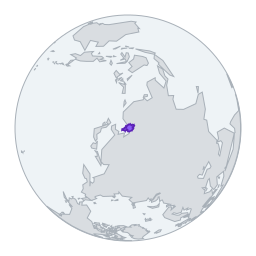 the Earth from above Shandong, rotated 181°
{"feature_id": "CHN-1814", "entity_name": "Shandong", "entity_type": "Province", "adm_level": 1, "iso_a3": "CHN", "parent_name": "China", "parent_adm1": "", "projection": "orthographic", "projection_center": [118.824, 36.396], "detail": "fine", "context": "on_globe", "style": "filled", "palette": "violet", "viewbox_px": 256, "rotation_deg": 181, "n_neighbors": 0, "source": "natural_earth", "source_scale": "10m", "svg_char_len": 13866}
<svg xmlns="http://www.w3.org/2000/svg" viewBox="0 0 256 256"><g transform="rotate(181 128 128)"><circle cx="128" cy="128" r="113" fill="#eef3f6" stroke="#a8b0b8"/><path d="M222.8,184.1L222.7,184.6L222.8,184.1ZM207.8,48.5L204.7,46.4L195.2,40.6L195.3,39.8L193.0,38.8L192.8,39.8L193.1,40.7L184.9,40.6L182.7,46.5L185.7,50.5L182.1,48.2L190.5,57.6L191.7,63.4L188.0,55.6L185.8,53.9L185.5,57.1L183.2,56.1L181.8,57.1L179.1,55.8L177.1,51.6L175.3,50.7L175.2,53.1L172.4,53.4L172.8,50.0L168.0,50.3L163.8,44.1L167.2,37.3L162.6,33.8L160.0,27.0L158.0,27.0L155.7,24.8L152.5,24.0L152.9,23.2L149.9,23.3L150.2,24.2L148.9,24.6L147.1,24.3L147.3,23.2L148.3,23.1L147.3,22.7L148.3,22.3L146.8,22.3L147.3,21.2L144.0,21.9L142.0,20.7L143.1,20.1L146.6,20.6L157.9,21.5L160.1,21.6L159.6,20.8L151.2,18.0L152.1,18.0L151.2,17.8L159.1,19.7L166.9,22.3L174.4,25.4L181.8,29.0L188.8,33.2L195.5,37.8L201.9,43.0L207.8,48.5ZM149.0,17.3L148.5,17.2L148.8,17.4L144.5,16.8L145.4,17.4L143.7,17.4L143.2,18.0L139.4,17.5L136.0,16.7L136.2,16.2L134.7,15.9L131.3,16.2L128.7,15.5L122.1,15.5L131.1,15.4L140.1,16.0L149.0,17.3ZM234.2,103.6L233.3,101.7L234.0,101.7L234.2,103.6ZM232.7,101.4L233.0,101.9L232.7,101.6L232.7,101.4ZM232.4,101.8L232.6,101.5L232.5,102.0L232.4,101.8ZM232.2,102.6L232.3,102.1L232.2,102.6ZM231.4,103.1L231.2,103.2L231.2,102.5L231.4,103.1ZM193.7,41.4L193.0,39.9L194.1,39.5L194.9,40.8L193.7,41.4ZM191.2,42.6L190.3,41.5L192.9,42.4L192.6,42.7L191.2,42.6ZM188.5,53.8L188.4,52.1L189.3,54.1L188.5,53.8ZM182.0,57.5L182.8,58.4L181.7,58.6L182.0,57.5ZM145.4,18.3L144.3,18.2L145.0,18.1L145.4,18.3ZM146.1,18.8L147.6,18.9L148.2,19.1L147.3,19.1L146.1,18.8ZM176.6,56.8L174.6,57.0L176.3,56.0L176.6,56.8ZM144.2,18.7L149.0,19.6L150.0,20.1L147.3,20.4L144.2,18.7ZM173.2,56.7L168.5,57.6L169.7,59.5L163.4,54.9L169.6,55.5L171.4,53.9L171.6,55.7L173.2,56.7ZM151.0,24.6L150.7,23.6L152.7,24.8L151.0,24.6ZM152.6,25.2L160.5,28.6L160.1,30.1L157.5,28.5L158.3,30.9L154.2,29.9L152.8,28.4L153.9,27.6L151.5,27.9L152.6,25.2ZM160.7,52.4L159.3,52.1L160.4,51.7L160.7,52.4ZM148.6,24.8L150.2,25.3L149.9,26.6L146.6,25.9L147.8,25.7L148.6,24.8ZM160.5,32.0L159.7,33.0L156.1,32.4L155.3,32.7L154.0,30.0L160.5,32.0ZM146.9,25.2L144.9,25.5L143.3,24.7L147.0,24.5L146.9,25.2ZM151.3,27.2L151.0,27.8L150.1,27.2L151.3,27.2ZM136.7,22.3L138.6,22.7L138.6,23.3L136.7,22.3ZM144.3,25.7L144.8,26.0L145.1,26.3L143.5,26.4L144.3,25.7ZM151.6,29.9L150.3,29.5L152.0,30.9L149.4,30.7L149.0,29.0L148.0,29.6L147.2,29.6L147.8,28.3L151.6,29.9ZM142.6,27.5L141.1,25.5L137.5,24.6L137.4,24.0L143.3,25.5L142.6,27.5ZM145.6,28.1L143.7,27.5L144.5,26.9L146.3,26.9L145.6,28.1ZM147.7,31.2L151.8,32.0L151.8,32.4L147.7,31.2ZM141.3,27.4L141.7,27.9L141.0,27.4L141.3,27.4ZM145.6,30.1L147.0,30.3L147.0,30.7L145.6,30.1ZM141.2,28.8L140.8,28.1L142.0,28.0L141.2,28.8ZM143.1,29.5L142.6,30.0L142.7,28.4L143.8,29.5L143.1,29.5ZM145.3,30.5L145.7,30.8L144.7,30.4L145.3,30.5ZM136.9,29.7L136.7,27.7L139.4,27.4L139.2,29.4L136.9,29.7ZM49.5,47.3L49.1,47.6L43.5,55.4L42.2,57.3L39.2,60.0L32.1,72.5L34.1,71.7L31.3,81.6L31.8,86.3L38.4,80.7L37.7,72.8L41.1,68.0L44.6,71.4L45.8,78.9L47.2,77.3L49.4,70.0L52.8,69.5L50.6,67.4L49.2,69.9L47.8,68.8L49.0,66.5L50.1,66.3L50.6,63.7L45.1,65.7L43.1,68.4L42.5,63.9L39.1,68.2L37.9,68.2L43.2,61.1L45.0,59.6L52.3,50.5L50.3,51.5L43.3,60.3L44.1,58.6L41.4,60.6L44.1,57.8L52.3,48.3L53.9,44.9L50.5,46.3L51.6,45.2L59.8,38.4L63.3,35.9L58.0,40.8L60.3,39.5L65.9,35.6L63.8,37.6L65.5,36.7L63.9,38.6L66.3,39.1L65.4,41.0L70.6,39.3L70.9,40.2L67.7,40.9L65.0,42.6L63.3,48.1L64.3,48.5L67.8,47.1L66.9,49.0L70.6,46.9L71.7,49.6L73.4,44.6L77.6,43.3L80.7,44.1L82.4,42.8L77.4,41.6L75.1,41.9L72.7,43.6L66.8,44.4L66.4,43.0L73.7,39.1L74.0,36.9L79.6,35.3L89.7,39.0L91.7,41.9L85.8,49.7L82.8,49.7L83.5,46.8L78.9,50.8L81.2,49.8L80.4,51.5L84.2,51.0L83.9,52.2L88.2,49.8L88.2,51.2L85.5,52.7L91.1,53.6L92.3,56.6L93.8,56.2L95.0,55.0L95.7,59.8L96.7,59.4L96.9,57.6L99.1,55.6L103.2,54.1L103.2,55.8L101.7,56.6L98.6,61.0L94.6,63.1L95.0,63.7L98.5,62.3L102.3,56.9L104.8,55.5L103.4,58.1L104.1,57.1L105.4,56.9L106.6,58.5L108.3,55.8L122.0,53.2L125.7,56.4L123.0,58.7L132.5,59.8L136.0,63.9L136.2,62.1L140.8,61.8L139.8,60.5L140.3,59.7L151.8,59.1L154.5,60.5L159.7,58.9L159.8,58.1L158.1,56.9L163.4,54.9L169.7,59.5L169.2,61.0L173.5,63.1L171.7,66.5L172.2,70.4L167.8,73.4L168.6,76.6L170.2,77.0L172.5,81.9L171.6,90.7L165.2,81.4L165.1,69.1L164.6,73.7L162.6,72.2L161.1,73.6L160.9,77.1L162.1,77.8L151.0,81.8L146.3,91.0L151.7,91.0L154.5,94.1L153.8,106.0L141.1,120.8L144.7,126.3L144.4,129.7L140.4,131.5L140.6,126.5L137.1,124.4L137.8,121.5L131.4,123.0L132.2,119.0L126.8,122.5L128.1,125.9L133.5,125.8L128.5,130.9L133.2,137.2L133.0,143.9L122.7,154.4L113.3,156.5L112.6,158.5L109.3,155.5L104.3,158.7L109.9,171.1L109.6,174.2L101.7,178.7L101.6,176.3L92.8,168.6L90.7,175.6L97.4,183.3L99.6,190.6L94.3,187.3L92.0,180.7L88.9,177.7L90.1,171.5L88.2,161.0L82.9,161.3L83.6,157.4L80.2,147.6L72.7,147.6L60.6,153.5L58.3,162.8L54.4,165.2L51.0,148.2L52.3,138.1L49.4,137.2L47.3,125.9L38.9,117.4L39.2,114.3L37.3,113.7L36.1,108.4L37.2,103.4L35.8,101.7L33.3,114.9L35.0,116.9L38.5,115.4L37.3,119.4L38.7,125.4L31.7,129.6L21.7,124.7L23.3,117.1L29.1,91.3L30.4,89.8L30.5,89.5L30.8,89.1L28.6,91.2L30.5,86.5L24.6,102.7L22.5,108.6L21.5,124.9L20.9,125.3L21.4,129.5L26.1,133.9L25.5,136.1L21.7,142.9L17.6,147.4L19.6,158.2L21.3,164.1L19.0,156.5L17.3,148.8L16.1,140.9L15.5,133.1L15.4,125.1L15.9,117.2L16.9,109.4L18.5,101.6L20.6,94.0L23.3,86.5L26.4,79.3L30.1,72.2L34.3,65.5L38.9,59.1L44.0,53.0L49.5,47.3ZM44.3,91.1L46.7,95.8L50.2,89.3L51.5,90.6L52.2,88.1L50.5,88.8L53.0,82.2L55.7,82.9L57.7,80.6L57.0,79.0L51.7,78.9L48.1,88.2L45.5,89.0L44.3,91.1ZM76.2,30.9L74.2,32.2L72.6,32.5L73.7,30.8L76.0,30.2L76.2,30.9ZM71.7,34.0L78.6,31.0L78.2,32.2L77.3,32.0L76.3,33.1L74.5,33.1L67.3,37.4L65.4,38.0L68.6,34.1L68.6,34.9L70.6,33.5L71.7,34.0ZM97.1,23.9L100.1,23.3L95.3,26.6L93.0,26.8L94.0,24.9L97.3,23.5L97.1,23.9ZM138.5,19.4L139.9,19.5L138.6,19.9L138.5,19.4ZM137.6,22.4L132.0,19.6L133.4,19.5L128.5,18.4L130.3,17.6L133.4,18.3L131.1,17.1L134.6,17.4L132.6,16.7L139.4,18.3L142.4,18.7L138.4,18.4L136.7,19.1L136.8,19.5L139.7,21.1L145.4,22.7L144.7,23.8L142.6,24.2L141.1,24.0L142.1,23.3L139.4,23.5L139.6,22.3L137.6,22.4ZM118.8,31.6L120.5,30.3L115.1,31.7L115.4,30.1L114.7,30.4L113.4,29.3L110.8,28.6L111.4,27.9L110.1,27.9L109.3,27.3L107.7,27.2L108.3,25.9L106.4,25.8L107.7,25.3L104.3,25.4L107.1,24.8L106.2,24.1L104.0,25.0L111.0,19.7L111.7,18.3L110.8,17.7L115.7,17.1L119.7,17.5L122.5,18.7L121.1,20.3L123.6,19.9L123.6,20.6L121.6,20.6L124.7,21.0L124.2,21.6L126.7,23.5L131.5,24.0L132.5,24.9L130.4,25.0L132.9,25.8L129.6,26.6L130.3,27.3L127.8,28.9L123.3,29.0L124.4,29.8L122.5,31.2L118.8,31.6ZM136.0,30.1L130.7,30.3L128.2,29.5L133.7,27.0L133.5,26.3L136.9,24.9L140.5,26.1L139.2,26.3L138.8,26.9L137.8,26.3L138.2,27.2L136.4,27.6L136.3,28.4L134.6,28.2L136.0,30.1ZM42.9,57.3L42.3,58.4L41.9,59.8L40.2,61.2L42.9,57.3ZM48.4,50.8L48.2,51.4L45.5,53.7L46.2,52.7L48.4,50.8ZM50.3,49.9L48.4,51.2L49.8,49.9L50.3,49.9ZM67.7,41.5L67.8,42.2L66.9,42.7L65.8,42.8L67.7,41.5ZM102.8,36.6L104.2,35.7L104.8,35.9L108.8,35.0L109.0,36.3L106.6,37.4L102.8,36.6ZM37.0,80.6L35.5,80.5L36.0,79.1L36.4,79.4L37.0,80.6ZM36.9,70.2L35.8,73.4L36.4,70.6L36.9,70.2ZM103.7,37.9L105.3,37.3L104.4,38.4L103.7,37.9ZM109.3,37.3L108.6,38.4L109.4,36.4L109.3,37.3ZM25.3,174.3L23.8,170.6L24.9,171.8L24.7,169.7L27.0,175.6L30.3,184.0L25.3,174.3ZM128.3,209.0L131.8,209.5L131.7,209.9L128.3,209.0ZM124.6,207.4L128.6,207.8L124.0,208.2L124.6,207.4ZM130.1,207.9L134.2,207.3L135.9,206.8L135.6,207.6L130.1,207.9ZM121.9,207.2L107.6,205.4L102.0,203.4L103.2,202.2L112.3,204.0L121.9,207.2ZM102.8,202.0L94.3,196.1L83.2,180.3L87.2,181.7L98.9,192.4L98.1,193.6L103.2,197.9L102.8,202.0ZM123.6,197.1L122.8,200.9L114.8,199.8L111.2,198.6L108.7,193.2L110.1,190.8L113.0,191.3L124.7,183.4L128.7,186.0L125.0,189.6L128.3,193.4L123.6,197.1ZM58.6,163.9L60.4,170.7L58.3,170.6L58.6,163.9ZM129.7,177.1L124.8,180.9L129.3,175.6L129.7,177.1ZM132.5,171.9L132.7,174.1L130.9,171.9L132.5,171.9ZM112.3,161.6L109.1,161.6L109.2,160.0L113.2,159.0L112.3,161.6ZM132.7,149.6L132.3,154.4L131.5,156.0L130.3,153.0L132.7,149.6ZM107.3,50.0L101.5,49.7L97.5,50.7L95.4,53.0L95.9,49.7L102.1,48.1L107.3,50.0ZM120.2,52.5L122.0,50.7L122.9,51.8L122.6,52.4L120.2,52.5ZM120.1,51.2L119.2,48.6L121.3,47.8L121.6,50.0L120.1,51.2ZM111.2,42.7L109.5,42.4L110.3,41.6L111.2,42.7ZM165.3,233.5L165.3,232.7L169.9,231.3L167.9,232.6L165.3,233.5ZM202.1,212.8L203.3,211.5L202.9,212.2L202.1,212.8ZM148.8,231.0L126.7,234.8L121.8,234.1L123.0,232.8L118.3,227.6L119.9,227.9L118.8,224.2L131.8,221.4L141.0,214.6L148.4,214.8L153.9,209.3L161.5,209.0L159.2,213.3L167.1,214.9L172.5,204.9L177.3,213.5L183.0,215.0L184.6,219.2L174.3,228.5L168.4,231.2L167.3,231.0L164.8,232.1L161.0,232.7L158.9,231.2L156.4,232.2L158.8,230.3L155.3,232.2L153.3,231.1L148.8,231.0ZM203.1,203.4L204.2,203.0L205.9,203.4L204.1,204.1L203.1,203.4ZM220.0,188.1L220.4,188.3L219.3,189.4L220.0,188.1ZM222.6,184.7L221.2,186.2L222.8,184.1L222.6,184.7ZM209.0,195.5L209.5,195.7L209.1,196.2L209.0,195.5ZM208.6,195.6L209.2,194.3L209.1,195.3L208.6,195.6ZM203.3,193.1L204.0,192.3L204.3,192.6L203.3,193.1ZM137.0,209.7L141.8,206.9L144.5,206.6L137.0,209.7ZM202.3,192.5L200.6,193.1L200.8,192.4L202.3,192.5ZM202.4,191.2L202.2,190.5L203.3,191.8L202.4,191.2ZM199.1,190.7L201.2,191.3L198.9,190.9L199.1,190.7ZM197.9,191.3L196.4,191.2L196.5,190.9L197.9,191.3ZM180.8,197.1L186.5,200.4L181.9,201.4L176.8,199.6L172.9,203.0L163.9,203.9L165.9,201.9L164.7,199.4L155.5,199.1L153.6,197.5L156.9,196.1L150.8,194.9L157.5,193.7L160.2,197.3L163.9,194.0L170.5,193.9L176.8,194.2L182.0,195.8L180.8,197.1ZM157.5,201.8L158.7,201.7L157.7,202.9L157.5,201.8ZM193.4,190.2L195.7,191.2L195.4,191.7L194.3,191.8L193.4,190.2ZM183.2,195.0L188.7,190.7L190.0,190.4L186.4,194.7L183.2,195.0ZM187.4,189.1L189.9,188.8L191.3,190.1L190.8,190.8L187.4,189.1ZM144.0,199.0L143.7,200.0L142.0,199.2L144.0,199.0ZM146.2,198.4L151.4,199.3L145.7,199.3L146.2,198.4ZM130.7,194.4L132.1,197.0L136.9,195.6L133.3,197.7L136.5,201.8L135.4,203.3L132.2,198.9L131.1,203.2L129.1,203.0L127.9,199.2L130.0,194.6L132.1,192.7L140.6,192.2L130.7,194.4ZM146.2,195.4L144.8,192.5L145.8,190.5L147.3,192.0L146.2,195.4ZM140.8,185.3L137.3,181.6L134.0,182.9L140.7,178.1L143.0,182.4L140.8,185.3ZM138.0,177.3L134.9,178.5L138.1,175.6L138.0,177.3ZM134.1,177.2L133.9,174.6L136.3,175.1L134.1,177.2ZM139.5,177.5L140.3,173.2L141.4,175.7L139.5,177.5ZM133.1,168.8L138.1,173.3L131.4,171.1L131.5,162.6L134.4,162.5L133.1,168.8ZM151.2,133.5L150.7,130.9L153.4,130.3L153.0,132.3L151.2,133.5ZM161.7,126.7L154.0,129.3L147.7,131.7L149.5,132.9L147.8,137.3L145.3,133.1L149.9,128.3L154.6,127.4L155.5,123.6L159.1,121.1L158.7,116.4L160.4,114.4L162.2,118.4L161.7,126.7ZM158.4,114.5L159.0,106.3L163.9,107.3L164.9,109.3L162.5,112.6L160.1,111.8L158.4,114.5ZM160.6,104.7L158.2,104.0L154.1,92.1L154.5,89.9L160.2,99.1L158.3,99.0L158.4,101.8L160.6,104.7ZM159.6,53.1L159.3,52.2L160.4,52.9L159.6,53.1ZM139.6,59.0L140.4,58.0L141.6,58.7L139.6,59.0ZM143.2,55.7L141.2,55.6L143.3,55.0L143.2,55.7ZM136.8,55.4L140.4,55.1L136.9,56.5L136.8,55.4Z" fill="#d9dde1" stroke="#a8b0b8" stroke-width="1"/><path d="M126.5,124.3L126.7,124.5L126.8,124.5L127.0,124.6L127.4,124.6L127.6,124.7L128.0,124.5L128.2,124.8L128.3,124.9L128.4,125.0L128.5,125.1L128.7,125.3L128.7,125.5L128.5,125.4L128.4,125.4L128.3,125.5L128.2,125.6L128.2,125.8L128.2,126.1L128.5,126.5L129.0,126.6L129.3,126.5L129.5,126.5L129.7,126.3L129.6,126.1L129.9,125.9L130.1,125.8L130.3,125.6L130.2,125.5L130.4,125.4L130.5,125.3L131.0,125.1L131.3,125.2L131.3,125.3L131.6,125.4L131.6,125.5L131.9,125.6L132.0,125.6L131.9,125.5L132.0,125.5L132.1,125.8L132.3,125.9L132.5,125.8L132.9,125.8L133.0,125.9L132.9,125.8L133.0,125.7L133.2,125.8L133.3,125.8L133.7,125.9L133.8,125.9L134.0,125.9L134.0,126.0L134.0,125.9L133.9,126.0L133.9,126.3L134.0,126.3L133.9,126.3L133.7,126.4L133.7,126.5L133.7,126.4L133.7,126.5L133.8,126.6L133.8,126.9L133.7,126.9L133.7,127.0L133.3,127.0L133.3,126.9L133.2,126.8L133.3,126.7L133.2,126.7L133.2,126.8L132.9,126.7L132.9,126.8L132.7,127.0L132.4,127.1L132.5,127.1L132.4,127.1L132.4,127.3L132.4,127.2L132.2,127.2L132.3,127.1L132.2,127.1L132.0,127.3L131.9,127.3L131.7,127.4L131.6,127.5L131.3,127.6L131.2,127.5L131.3,127.6L131.3,127.8L131.2,128.0L131.2,127.9L130.9,128.0L131.0,128.1L130.9,128.1L131.0,128.4L131.0,128.5L130.9,128.5L130.7,128.5L130.4,128.7L130.4,128.4L130.3,128.2L130.3,128.3L130.2,128.4L130.0,128.5L130.1,128.8L130.3,128.8L130.3,128.7L130.4,128.8L130.2,128.9L130.2,129.0L130.1,128.9L130.1,129.0L129.9,129.1L129.9,129.3L129.8,129.2L129.7,129.3L129.8,129.3L129.7,129.4L129.7,129.5L129.6,129.4L129.6,129.5L129.3,129.6L129.2,130.0L128.9,130.2L128.9,130.6L128.7,130.6L128.4,130.6L128.2,130.6L128.0,130.9L127.9,131.1L127.9,131.3L127.6,131.3L127.4,131.4L127.4,131.5L127.3,131.8L127.2,131.9L126.9,131.9L126.9,131.6L126.8,131.4L126.6,131.4L126.4,131.4L126.3,131.7L126.1,131.7L126.0,131.8L125.9,131.8L125.6,131.5L125.4,131.6L125.4,131.8L125.3,131.7L125.1,131.3L125.0,131.1L124.8,130.8L124.7,130.8L124.2,130.9L124.1,131.0L124.1,131.3L123.8,131.5L123.7,131.5L123.6,131.4L123.5,131.5L123.4,131.4L123.4,131.5L123.2,131.5L122.9,131.4L122.9,131.5L122.7,131.5L122.6,131.4L122.5,131.2L122.3,130.9L122.2,131.0L122.2,130.8L121.8,130.6L121.7,130.6L121.6,130.4L121.8,130.2L122.0,129.9L122.3,129.8L122.4,129.7L122.5,129.6L122.5,129.4L122.7,129.2L122.9,129.2L123.1,129.0L123.3,129.0L123.3,128.9L123.5,128.7L123.6,128.8L123.6,128.6L123.4,128.7L123.2,128.6L123.1,128.8L122.8,128.9L122.7,128.9L122.6,129.0L122.4,129.1L122.5,128.8L122.6,128.7L122.7,128.4L122.7,128.2L122.4,127.7L122.5,127.5L122.6,127.4L122.7,127.2L123.0,127.1L123.2,126.8L123.2,126.7L123.3,126.6L123.4,126.4L123.5,126.2L123.8,126.0L124.0,126.0L124.0,125.9L123.9,125.9L124.0,125.8L124.0,125.7L124.2,125.8L124.3,125.8L124.5,125.5L124.6,125.4L124.8,125.2L125.2,125.2L125.3,125.1L125.8,125.1L126.0,124.8L126.1,124.7L126.3,124.6L126.4,124.4L126.5,124.3ZM130.9,124.9L131.0,125.0L130.9,125.0L130.9,124.9ZM131.0,124.4L131.0,124.5L131.0,124.4Z" fill="#8b5cf6" stroke="#5b21b6" stroke-width="1.5"/></g></svg>